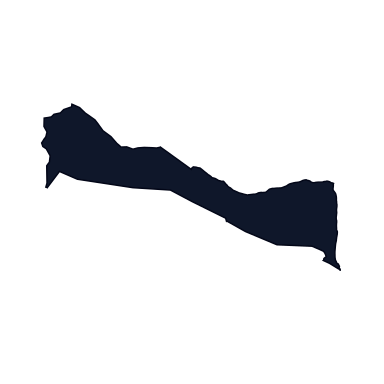 Belvedere, Soufrière, Saint Lucia, rotated 161°
{"feature_id": "8701671B92172840318225", "entity_name": "Belvedere", "entity_type": "district", "adm_level": 2, "iso_a3": "LCA", "parent_name": "Saint Lucia", "parent_adm1": "Soufrière", "projection": "robinson", "projection_center": [-61.062, 13.892], "detail": "fine", "context": "isolated", "style": "filled", "palette": "ink", "viewbox_px": 384, "rotation_deg": 161, "n_neighbors": 0, "source": "geoboundaries", "source_scale": "gbopen_adm2", "svg_char_len": 4809}
<svg xmlns="http://www.w3.org/2000/svg" viewBox="0 0 384 384"><g transform="rotate(161 192 192)"><path d="M328.6,244.2L327.7,243.6L327.5,243.2L310.6,254.6L296.2,241.4L246.6,215.4L211.8,200.9L194.8,182.7L168.7,156.3L168.9,153.3L168.7,153.4L154.3,137.2L128.9,114.5L96.2,101.7L90.3,96.4L86.8,93.0L86.2,90.4L86.1,87.2L88.9,86.2L89.8,84.6L90.1,84.5L85.2,79.8L78.5,71.6L77.3,70.6L77.4,70.3L77.5,70.0L77.3,69.9L77.1,70.5L77.1,71.1L77.5,71.4L77.9,71.7L78.5,72.0L78.8,72.3L78.9,72.5L79.0,72.6L79.3,73.0L78.7,72.9L78.3,72.6L77.6,72.3L77.1,73.1L76.8,73.8L76.8,74.1L77.0,74.5L77.1,75.0L77.1,75.6L77.0,75.8L77.2,76.4L77.8,76.9L77.9,77.0L78.2,77.5L78.3,79.0L78.4,80.0L78.5,80.7L78.5,81.0L78.5,81.5L78.3,82.1L78.3,82.7L78.2,83.0L78.0,83.9L77.1,86.7L76.9,87.4L76.2,89.3L75.2,91.6L74.4,93.4L73.5,95.4L72.8,96.8L71.9,98.2L71.6,98.8L71.3,99.2L71.0,100.0L70.4,101.2L70.1,101.9L69.4,103.1L68.4,104.9L67.9,106.1L67.7,106.6L67.5,107.2L67.5,107.8L67.6,108.6L67.7,109.0L67.6,109.4L67.2,110.5L66.9,111.5L66.5,112.9L65.7,115.0L65.0,116.5L64.8,117.2L64.6,117.7L64.5,119.0L64.4,119.6L64.2,120.1L64.2,120.4L63.7,121.5L63.5,122.0L63.0,123.0L62.6,123.9L62.2,124.7L61.8,125.7L61.6,126.6L61.5,127.1L61.2,128.0L60.9,128.8L60.5,129.6L59.9,130.8L59.6,131.5L59.1,132.9L59.0,133.8L58.7,135.0L58.4,135.9L58.2,137.1L57.7,138.5L57.4,139.4L57.1,140.5L56.8,142.9L56.8,143.9L57.3,145.8L57.7,146.9L57.9,147.6L57.9,148.1L57.7,149.0L57.1,150.3L56.6,151.3L56.1,152.6L56.1,153.0L55.6,153.7L55.4,154.5L55.4,154.4L57.1,155.2L57.2,155.3L57.5,155.5L57.8,155.8L58.0,156.2L58.4,156.7L58.7,157.0L59.0,157.2L59.3,157.4L59.8,157.8L60.1,157.9L60.5,158.2L60.9,158.4L61.5,158.4L62.0,158.4L62.6,158.6L63.9,158.9L64.4,158.9L64.8,158.8L65.3,158.9L65.7,159.0L66.5,159.2L67.6,159.6L69.3,160.2L70.6,160.5L71.7,160.8L73.5,161.0L74.1,161.2L74.6,161.5L75.0,161.7L75.4,161.9L75.7,162.2L75.9,162.4L76.2,162.7L76.4,163.1L76.6,163.4L76.8,163.8L77.0,164.0L77.7,164.6L78.1,164.9L78.5,165.1L78.9,165.3L79.3,165.6L79.7,166.0L80.0,166.3L80.3,166.4L81.7,166.7L82.9,166.8L83.9,166.8L84.5,166.7L84.8,166.6L87.3,166.5L87.9,166.6L88.4,166.7L89.0,166.8L89.6,166.9L90.6,167.2L91.4,167.3L92.4,167.5L95.0,167.7L96.2,167.8L97.2,167.8L97.9,167.7L98.8,167.5L99.5,167.3L100.4,167.0L101.4,166.9L102.5,166.9L104.4,166.8L106.4,166.8L106.7,166.9L107.2,167.1L108.4,167.4L109.7,167.8L111.0,168.2L112.4,168.5L113.3,168.7L114.2,169.0L114.7,169.2L115.2,169.3L115.8,169.3L117.4,169.4L117.6,169.4L118.0,169.4L118.9,169.0L120.7,168.3L121.4,168.0L121.8,167.9L122.3,167.8L122.7,167.8L123.2,167.9L123.5,168.0L125.4,168.5L125.8,168.6L126.1,168.8L126.3,168.9L126.7,169.1L129.0,169.5L129.3,169.5L129.6,169.5L130.1,169.5L130.9,169.3L131.7,169.3L132.1,169.3L132.7,169.4L133.5,169.5L134.6,169.9L135.1,170.0L136.1,170.2L137.0,170.4L139.3,170.9L139.7,171.0L140.1,171.0L140.4,171.0L140.7,171.1L141.0,171.3L141.5,171.7L143.5,172.9L145.3,174.2L146.5,175.0L147.6,175.7L148.6,176.5L148.8,176.9L149.9,177.8L151.0,178.9L152.3,180.0L152.8,180.6L153.1,181.3L153.3,181.5L153.5,181.8L153.8,182.2L154.0,182.8L154.2,183.1L154.5,183.5L154.8,183.8L155.3,184.3L155.8,184.9L156.0,185.2L156.2,185.5L156.4,186.1L156.5,186.6L156.6,187.0L156.8,187.3L157.0,187.6L157.1,187.9L157.3,188.3L157.4,188.5L157.6,188.8L157.7,189.2L157.8,189.6L158.0,190.1L158.2,190.5L158.3,190.8L158.4,191.0L158.5,191.4L158.7,191.7L158.9,191.9L159.1,192.1L159.8,192.2L160.2,192.3L160.5,192.5L160.8,192.6L161.3,192.9L161.7,193.3L162.0,193.6L162.3,193.7L162.7,193.9L163.1,194.2L163.5,194.6L163.7,194.9L164.1,195.4L164.6,196.0L165.1,196.6L165.5,197.0L165.8,197.3L166.1,197.5L166.9,198.1L167.6,198.5L168.1,198.8L168.4,199.0L168.6,199.3L168.7,199.7L168.8,200.0L169.0,200.3L169.2,200.7L169.5,201.1L169.7,201.4L170.0,201.9L170.2,202.2L170.6,202.5L170.8,202.7L171.0,203.0L172.1,204.9L172.6,205.7L173.0,206.2L173.3,206.8L173.7,207.3L173.9,207.7L174.1,208.0L174.3,208.4L174.5,208.7L174.8,209.2L175.0,209.4L175.2,209.9L175.4,210.2L175.6,210.4L175.8,210.8L176.0,211.1L176.2,211.4L176.4,211.7L176.5,211.9L176.7,212.1L176.9,212.2L177.5,212.5L177.9,212.7L178.3,212.9L178.6,213.1L179.2,213.5L180.0,214.1L182.6,215.3L184.3,214.7L185.3,213.6L207.3,244.8L207.5,244.7L211.1,245.1L216.2,247.2L222.7,249.7L228.8,251.3L233.9,251.7L239.0,255.9L243.2,257.2L244.4,257.5L245.9,260.2L247.3,262.5L247.6,263.3L250.6,270.7L254.8,276.8L256.3,279.0L257.2,282.1L258.2,285.2L258.5,286.4L260.3,291.8L265.1,298.5L267.2,301.3L270.8,308.4L276.6,313.8L277.0,314.1L277.3,313.4L277.8,312.3L278.1,311.7L278.3,311.7L281.0,311.7L286.4,311.7L287.5,311.2L290.7,309.6L291.4,309.7L297.2,310.4L300.5,308.8L303.4,309.2L303.5,309.2L307.7,310.0L310.6,302.2L310.2,299.7L309.5,296.0L312.1,291.9L313.3,291.0L314.6,290.2L315.8,289.2L318.2,287.3L318.2,283.6L317.2,282.3L315.7,280.3L314.3,272.4L316.8,267.3L317.1,266.6L318.4,265.8L320.8,264.1L326.2,247.6L328.6,244.2Z" fill="#0f172a" stroke="#020617" stroke-width="1.5"/></g></svg>